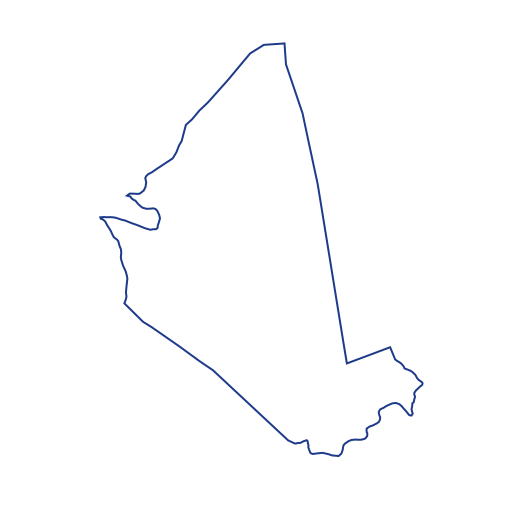 Santa María Lachixío, Oaxaca, Mexico (Natural Earth projection), rotated 263°
{"feature_id": "50627088B6141601826663", "entity_name": "Santa María Lachixío", "entity_type": "district", "adm_level": 2, "iso_a3": "MEX", "parent_name": "Mexico", "parent_adm1": "Oaxaca", "projection": "natural_earth1", "projection_center": [-97.056, 16.737], "detail": "fine", "context": "isolated", "style": "outline", "palette": "blue", "viewbox_px": 512, "rotation_deg": 263, "n_neighbors": 0, "source": "geoboundaries", "source_scale": "gbopen_adm2", "svg_char_len": 2569}
<svg xmlns="http://www.w3.org/2000/svg" viewBox="0 0 512 512"><g transform="rotate(263 256 256)"><path d="M334.7,152.6L332.2,148.5L332.0,146.4L332.8,142.0L333.3,138.4L332.8,137.3L331.6,135.3L330.4,138.5L328.4,139.5L326.5,141.5L325.6,143.1L323.1,144.6L321.3,145.9L319.1,147.8L317.7,149.4L316.2,153.0L316.0,155.0L315.8,158.1L315.8,160.0L314.9,162.0L312.7,163.6L308.6,164.9L305.1,165.3L301.9,164.0L298.3,162.3L296.1,161.8L294.8,160.3L295.1,157.1L294.9,154.4L297.0,149.4L299.6,144.7L301.4,141.4L303.2,137.7L305.2,133.9L307.1,130.6L308.3,127.3L309.8,124.1L311.0,121.6L311.9,118.5L312.3,116.3L312.5,114.0L312.9,111.4L313.2,109.8L313.4,106.2L312.0,106.4L310.7,108.8L308.5,110.6L304.7,112.0L301.5,113.6L298.4,115.0L295.4,115.9L291.9,117.2L289.1,120.1L287.5,121.1L282.5,121.8L279.0,122.8L275.2,122.6L271.4,121.7L268.4,121.8L262.5,122.9L256.7,124.8L252.2,125.4L249.4,125.6L239.6,123.3L235.6,122.5L231.8,122.5L229.4,121.8L225.0,119.6L204.4,135.9L197.8,144.1L197.6,144.3L174.8,169.8L159.2,186.4L147.8,199.4L69.1,265.4L65.4,271.3L65.0,272.5L65.3,275.1L65.1,277.2L66.4,280.8L66.6,282.3L67.0,283.8L66.6,284.2L65.7,284.7L63.9,284.7L61.6,285.0L59.8,284.6L57.0,285.2L54.2,285.9L53.5,286.5L52.6,288.1L52.6,291.0L52.6,294.6L52.5,298.1L51.7,300.4L50.3,304.2L49.2,306.4L49.0,306.8L48.7,307.6L48.5,308.7L47.4,313.6L49.5,316.7L53.2,318.5L55.7,319.1L57.0,319.7L57.8,320.1L59.1,321.7L60.9,325.2L61.8,328.4L61.7,329.9L61.7,332.3L61.2,334.8L60.9,337.4L60.9,339.4L61.6,342.3L63.7,344.4L66.4,344.9L67.8,344.4L68.4,344.4L70.2,344.6L71.2,344.8L72.0,346.3L73.1,348.5L73.4,350.7L74.8,354.6L75.3,355.9L76.4,357.8L78.7,359.2L80.7,359.6L82.5,359.1L84.8,358.8L86.2,358.8L88.5,360.4L89.1,361.9L89.7,364.0L90.8,366.1L91.8,368.9L93.1,373.2L93.1,376.9L91.5,380.2L89.2,382.3L86.8,383.8L84.1,385.8L81.6,387.3L79.4,388.7L78.7,390.9L80.4,392.3L82.3,392.0L84.9,391.7L87.2,392.5L90.8,393.3L91.6,394.7L94.3,395.6L96.9,396.7L99.6,396.2L100.9,396.5L103.1,398.4L105.0,401.0L106.7,403.3L107.2,404.3L107.9,405.3L109.4,405.8L110.4,405.5L111.4,404.4L113.1,402.4L115.0,401.1L117.3,400.2L118.9,399.5L122.3,396.6L123.7,394.6L125.4,391.4L126.3,389.7L128.3,389.2L131.3,387.2L133.0,385.5L134.8,383.1L136.4,381.5L149.1,378.0L138.3,333.1L162.5,332.1L291.6,327.1L319.4,326.0L320.9,325.9L363.1,322.1L391.9,319.6L442.6,309.1L463.5,310.2L464.6,289.5L457.8,274.9L449.5,266.0L434.0,249.5L414.2,226.9L407.4,217.7L399.3,209.0L394.7,202.4L379.1,196.2L375.3,193.2L368.6,189.6L363.1,185.3L354.0,167.0L351.8,162.9L350.3,158.8L348.5,156.6L346.8,155.6L342.4,156.0L338.2,154.8L334.7,152.6Z" fill="none" stroke="#1e3a8a" stroke-width="2"/></g></svg>